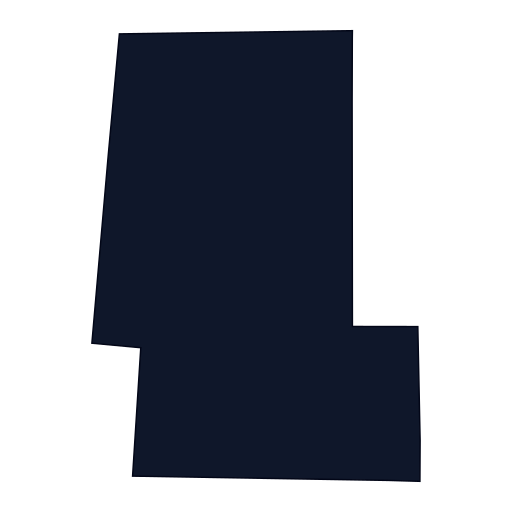 Union, Ohio, United States of America (orthographic projection)
{"feature_id": "52423323B76161760058948", "entity_name": "Union", "entity_type": "district", "adm_level": 2, "iso_a3": "USA", "parent_name": "United States of America", "parent_adm1": "Ohio", "projection": "orthographic", "projection_center": [-83.327, 40.307], "detail": "fine", "context": "isolated", "style": "filled", "palette": "ink", "viewbox_px": 512, "rotation_deg": 0, "n_neighbors": 0, "source": "geoboundaries", "source_scale": "gbopen_adm2", "svg_char_len": 307}
<svg xmlns="http://www.w3.org/2000/svg" viewBox="0 0 512 512"><path d="M420.1,440.6L417.8,326.6L352.4,326.5L352.1,101.7L352.3,37.5L352.4,30.7L206.6,32.7L119.4,33.9L108.3,154.7L91.9,343.2L140.8,347.7L132.6,476.1L388.9,480.4L419.9,481.3L420.1,440.6Z" fill="#0f172a" stroke="#020617" stroke-width="1.5"/></svg>